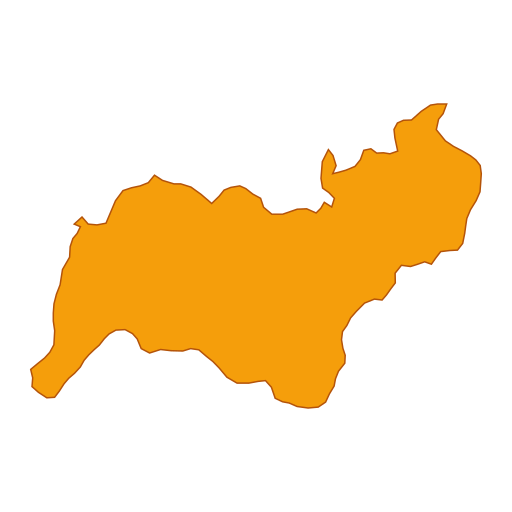 the district of Timóteo, Minas Gerais, Brazil
{"feature_id": "56859067B99437992340006", "entity_name": "Timóteo", "entity_type": "district", "adm_level": 2, "iso_a3": "BRA", "parent_name": "Brazil", "parent_adm1": "Minas Gerais", "projection": "robinson", "projection_center": [-42.602, -19.554], "detail": "fine", "context": "isolated", "style": "filled", "palette": "amber", "viewbox_px": 512, "rotation_deg": 0, "n_neighbors": 0, "source": "geoboundaries", "source_scale": "gbopen_adm2", "svg_char_len": 2124}
<svg xmlns="http://www.w3.org/2000/svg" viewBox="0 0 512 512"><path d="M74.2,224.1L80.4,226.7L77.2,233.4L72.9,238.5L70.2,246.6L69.6,257.2L62.5,269.5L60.1,284.8L56.4,294.3L54.0,303.8L53.3,312.9L53.3,321.1L54.7,330.7L53.9,344.8L49.8,352.3L44.6,358.0L37.4,363.8L30.7,369.4L32.7,377.9L32.0,386.6L38.4,392.3L46.8,397.8L54.6,397.3L59.3,391.1L64.1,383.7L68.8,378.2L74.6,373.2L80.3,367.0L84.1,360.3L88.8,354.8L94.3,349.5L99.3,345.1L104.4,338.6L109.1,333.9L115.9,330.1L125.1,329.6L132.5,333.6L137.2,338.9L141.2,348.6L149.6,353.0L160.6,349.5L171.1,350.7L182.8,351.0L190.6,348.6L198.8,349.8L206.6,356.5L212.9,361.5L219.1,367.9L226.9,377.2L237.0,383.1L248.9,383.1L258.0,381.4L265.5,380.6L271.4,387.2L275.2,398.3L282.6,401.8L289.1,403.0L297.1,406.5L308.1,408.0L318.2,407.1L325.6,402.1L329.4,393.9L334.1,386.1L335.5,378.7L338.5,371.2L344.8,363.2L345.2,355.3L342.9,348.3L341.5,339.7L342.5,331.6L346.9,325.4L350.6,317.9L356.4,311.3L364.5,303.1L374.4,299.1L382.1,300.0L386.5,294.9L390.8,288.8L395.3,282.9L395.1,273.2L401.4,265.3L410.5,266.5L416.9,264.5L424.7,261.8L431.4,264.2L435.9,257.8L440.7,251.6L449.8,250.5L457.5,250.1L462.7,243.4L464.7,233.4L465.7,225.9L466.8,218.5L470.5,209.7L476.1,200.7L480.0,191.8L480.6,183.9L481.3,173.7L480.2,165.5L475.9,160.0L470.5,155.8L462.0,150.8L453.5,146.4L445.4,140.9L436.3,129.7L438.6,119.2L443.1,113.7L446.7,104.0L437.7,104.0L430.5,105.1L421.3,111.3L411.5,120.0L403.5,120.3L397.4,123.0L394.0,129.4L394.9,137.9L397.7,151.1L389.9,153.8L383.5,152.8L376.7,153.1L370.9,148.8L363.8,150.3L360.4,159.7L355.0,166.4L345.9,170.2L338.9,172.2L332.7,173.7L336.1,165.7L333.0,155.5L328.4,149.6L322.3,161.7L321.0,178.4L322.6,188.1L328.8,192.5L334.4,198.3L331.7,207.0L324.3,202.3L320.8,208.3L316.1,213.0L306.7,208.8L297.2,209.2L282.7,214.2L271.8,214.2L263.6,207.3L260.6,198.3L252.8,194.1L245.8,188.6L239.8,185.9L230.8,187.4L224.1,190.1L219.1,196.3L211.7,203.5L201.1,194.4L191.0,187.1L180.8,183.9L174.0,183.9L162.5,180.4L154.5,175.2L148.3,182.7L140.2,185.9L131.4,187.8L123.0,190.6L115.5,200.7L110.1,213.5L106.0,223.2L97.0,224.9L88.2,224.1L82.0,217.0L74.2,224.1Z" fill="#f59e0b" stroke="#b45309" stroke-width="1.5"/></svg>